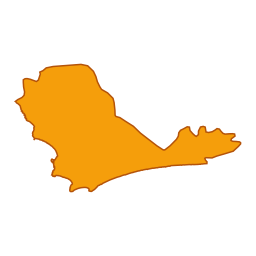 Piriápolis, Maldonado, Uruguay
{"feature_id": "84410073B95190776679231", "entity_name": "Piriápolis", "entity_type": "district", "adm_level": 2, "iso_a3": "URY", "parent_name": "Uruguay", "parent_adm1": "Maldonado", "projection": "mercator", "projection_center": [-55.248, -34.845], "detail": "fine", "context": "isolated", "style": "filled", "palette": "amber", "viewbox_px": 256, "rotation_deg": 0, "n_neighbors": 0, "source": "geoboundaries", "source_scale": "gbopen_adm2", "svg_char_len": 5339}
<svg xmlns="http://www.w3.org/2000/svg" viewBox="0 0 256 256"><path d="M15.4,101.4L15.8,101.6L16.3,102.6L16.9,103.1L17.7,103.5L18.2,103.9L18.7,104.4L19.0,104.6L19.7,105.3L20.1,105.8L20.3,106.1L20.3,106.4L20.6,107.6L20.6,107.9L20.9,108.3L21.0,109.3L21.2,109.7L21.3,110.1L21.8,110.6L21.7,110.7L21.8,110.9L21.7,111.1L22.0,111.1L22.3,111.3L22.5,111.5L22.6,111.8L22.4,112.6L22.5,112.8L22.8,113.0L23.2,113.0L23.8,113.4L24.2,113.7L24.4,114.1L24.3,114.3L24.4,114.6L24.1,114.9L24.2,115.2L24.7,115.1L24.8,115.3L25.0,115.2L25.1,115.5L25.5,116.2L25.4,116.6L25.1,116.6L24.9,117.0L25.0,117.5L25.3,117.6L25.5,117.8L25.4,118.1L25.8,118.4L26.1,118.4L26.1,118.6L26.4,118.7L26.6,119.1L26.5,119.6L26.3,119.8L26.5,120.0L26.7,120.4L27.9,121.0L28.3,121.1L29.3,121.5L29.8,121.8L30.2,122.1L30.6,122.4L31.4,123.2L31.9,123.5L32.4,124.1L33.4,125.0L34.1,126.1L34.2,126.3L34.4,126.6L34.4,126.9L34.0,127.3L33.8,128.0L34.1,129.3L33.3,131.7L32.8,132.0L32.5,133.4L32.9,134.4L32.6,135.4L32.7,136.0L33.2,136.4L33.4,136.9L33.7,137.1L33.8,137.4L34.3,138.2L34.5,138.9L34.1,139.4L34.2,139.5L35.1,138.6L35.6,138.5L39.1,139.2L39.6,139.3L39.8,139.5L39.9,139.8L40.2,139.8L40.9,140.0L42.3,140.3L43.1,140.7L43.0,140.9L43.7,141.1L44.5,141.4L44.7,141.6L45.4,141.9L46.1,142.1L46.2,142.3L46.4,142.6L47.2,142.9L47.7,143.2L47.6,143.4L48.7,143.8L49.1,144.1L49.1,144.3L50.0,144.8L50.6,145.3L50.7,145.5L51.8,146.1L52.7,147.0L53.4,147.8L53.9,148.3L54.4,148.7L54.7,149.1L55.5,150.2L55.7,150.6L56.2,151.6L56.4,152.2L56.9,153.3L57.6,156.0L56.8,157.0L56.6,157.0L56.4,157.4L56.1,158.0L54.9,159.9L52.7,159.7L52.6,159.8L53.9,160.0L53.9,160.4L53.7,161.1L53.9,161.1L53.7,162.3L53.2,162.6L52.9,162.3L52.2,161.6L51.7,161.1L51.4,160.7L51.7,159.6L51.8,159.4L51.9,159.2L51.7,159.2L51.6,159.3L51.4,159.8L51.2,160.4L51.2,160.7L51.2,160.8L51.3,161.0L52.2,162.2L52.4,162.5L52.7,162.6L52.8,162.8L53.5,163.2L53.7,163.3L53.7,163.5L53.6,164.6L53.7,165.2L53.9,165.6L54.1,165.9L54.3,166.2L54.4,166.5L54.5,166.6L54.3,167.0L54.2,167.0L53.9,167.0L54.0,167.4L54.2,167.6L54.6,167.7L54.7,167.8L54.7,168.0L54.6,168.5L54.6,169.0L54.3,169.5L54.1,169.7L54.0,170.0L53.8,170.2L53.7,170.3L53.4,170.4L53.2,170.6L53.3,170.7L53.1,170.8L52.8,171.5L52.7,171.9L52.6,172.1L52.8,172.2L52.8,172.4L52.6,172.6L52.5,172.8L52.5,173.1L52.2,173.3L52.2,173.7L52.2,174.3L51.8,174.9L52.1,175.0L52.3,175.1L52.4,175.3L52.4,175.6L52.6,175.8L52.8,175.7L52.9,176.0L53.0,176.3L53.5,176.4L54.1,176.3L54.3,176.1L54.5,176.2L54.6,176.5L55.0,176.5L55.5,176.0L55.7,175.8L55.9,175.5L56.0,175.4L57.1,175.5L57.5,175.6L58.6,175.6L58.8,175.7L58.9,175.8L59.1,175.8L59.3,175.8L60.4,176.0L60.7,176.2L61.7,176.5L62.0,176.7L62.3,176.9L63.1,177.2L63.5,177.3L63.9,177.3L64.0,177.3L64.4,177.4L64.6,177.4L64.8,177.5L65.2,177.8L65.8,178.0L67.6,178.5L68.1,178.7L68.7,179.2L69.5,179.6L70.5,180.4L71.0,181.0L71.2,181.4L71.6,181.9L71.9,182.3L72.2,183.0L72.3,183.6L72.3,184.0L71.9,184.5L71.4,184.7L71.1,185.1L70.4,186.6L70.4,187.1L70.1,187.5L70.2,187.9L70.0,188.4L70.1,188.5L70.0,189.2L69.8,189.7L69.9,189.9L69.8,190.8L70.4,191.5L71.5,191.6L72.8,191.4L73.4,190.8L73.8,190.5L74.1,190.2L74.5,189.9L75.1,189.7L76.2,189.2L77.9,188.5L79.7,188.0L81.1,187.7L83.0,187.5L84.7,187.4L86.3,187.5L87.3,187.8L88.1,188.2L88.7,188.6L89.1,189.4L88.9,190.5L89.2,191.1L90.0,191.1L90.7,191.4L91.5,191.4L92.2,191.0L92.8,190.5L94.3,189.6L95.0,189.0L96.9,187.1L97.3,186.6L97.7,186.0L98.5,185.5L99.6,185.1L100.6,184.3L101.3,184.4L102.0,184.0L102.8,183.3L104.9,182.3L110.0,179.9L117.4,177.1L120.1,176.4L122.6,175.4L124.2,174.9L125.2,174.9L129.4,173.4L132.4,172.5L132.8,172.6L133.6,172.2L136.1,171.6L138.3,170.9L138.8,171.0L141.4,170.2L142.5,170.2L143.5,169.8L145.2,169.5L146.9,169.2L147.3,169.4L148.2,169.1L150.7,168.6L152.6,168.2L153.7,168.2L155.7,167.9L156.0,167.7L156.9,167.8L157.7,167.7L158.2,167.5L160.2,167.2L160.8,167.3L161.0,167.3L161.4,167.1L161.6,167.2L162.4,167.0L162.7,166.9L163.2,166.8L163.5,166.9L163.7,167.0L164.2,166.8L164.6,166.7L164.9,166.8L165.2,167.0L165.4,166.9L165.7,166.8L165.9,166.7L166.3,166.7L167.4,166.4L168.9,166.1L169.6,166.2L170.0,166.2L170.3,165.9L171.1,165.6L180.4,165.1L180.7,165.0L181.1,165.1L181.5,165.2L181.8,165.1L182.0,165.1L182.3,165.0L183.2,164.8L184.1,165.0L184.4,164.9L188.7,164.6L189.5,164.5L190.2,164.7L191.1,164.5L191.5,164.7L193.0,164.4L193.5,164.6L198.2,164.4L199.9,164.2L200.4,164.3L201.4,164.0L202.7,164.0L203.7,163.8L206.9,163.6L207.0,161.8L205.5,160.2L204.8,158.3L206.0,157.7L212.1,157.9L216.7,156.1L225.3,153.6L233.2,151.2L238.4,146.4L240.6,143.9L240.6,142.7L239.6,141.9L236.3,141.5L232.6,141.3L230.9,140.4L231.4,138.8L235.0,136.1L234.6,134.0L232.4,133.7L229.2,133.8L225.0,134.1L222.9,133.3L221.0,131.3L219.4,129.1L217.0,128.6L215.3,129.9L212.3,131.7L208.6,132.5L206.0,132.0L205.2,127.1L203.2,126.4L200.5,127.0L198.5,131.0L198.4,134.6L196.3,136.4L195.0,135.7L192.6,133.5L190.0,130.5L189.4,127.1L187.2,126.8L183.4,128.9L180.5,130.3L178.8,132.7L178.3,136.2L176.5,139.3L170.1,145.8L164.8,149.9L163.2,149.9L157.0,145.9L140.4,133.1L133.4,126.3L125.8,121.5L119.9,117.6L116.0,116.5L115.1,115.3L114.9,110.1L114.1,102.6L113.0,98.3L107.6,92.9L101.5,89.4L99.8,86.7L97.4,81.8L95.9,76.6L93.4,71.3L87.7,65.8L81.0,64.4L53.1,66.5L46.2,67.9L42.9,70.7L39.8,72.1L40.3,74.1L38.4,80.0L36.4,81.5L33.9,80.6L30.4,79.3L27.2,78.6L25.1,78.7L23.3,79.8L23.3,82.3L23.6,86.9L24.6,92.0L24.1,95.3L22.0,97.5L17.8,99.6L15.4,101.4Z" fill="#f59e0b" stroke="#b45309" stroke-width="1.5"/></svg>